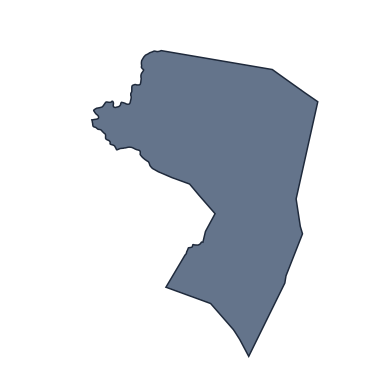 the district of San Francisco de Ojuera, Santa Bárbara, Honduras, rotated 287°
{"feature_id": "27666195B61070827999255", "entity_name": "San Francisco de Ojuera", "entity_type": "district", "adm_level": 2, "iso_a3": "HND", "parent_name": "Honduras", "parent_adm1": "Santa Bárbara", "projection": "robinson", "projection_center": [-88.219, 14.715], "detail": "fine", "context": "isolated", "style": "filled", "palette": "slate", "viewbox_px": 384, "rotation_deg": 287, "n_neighbors": 0, "source": "geoboundaries", "source_scale": "gbopen_adm2", "svg_char_len": 5664}
<svg xmlns="http://www.w3.org/2000/svg" viewBox="0 0 384 384"><g transform="rotate(287 192 192)"><path d="M215.8,293.6L315.1,285.9L319.8,271.1L330.1,240.3L332.6,233.0L318.2,121.1L317.7,120.6L317.4,120.2L316.7,119.1L316.3,118.1L316.1,117.8L316.0,117.4L316.0,117.0L316.0,116.4L315.9,115.8L315.8,115.0L315.7,114.6L315.6,114.4L315.4,114.2L314.7,113.4L314.2,112.8L313.7,112.1L313.1,111.3L312.8,110.9L312.5,110.6L311.7,110.0L311.1,109.4L310.7,109.1L310.0,108.2L309.8,108.0L309.4,107.7L309.1,107.4L308.8,107.3L308.2,107.0L307.4,106.6L306.4,106.3L304.8,105.9L303.9,105.7L303.1,105.5L302.6,105.5L302.0,105.6L301.3,105.7L300.2,106.0L299.4,106.3L298.3,106.8L297.8,107.0L297.4,107.0L297.0,107.0L296.7,107.0L296.3,107.3L296.1,107.5L295.8,107.9L295.5,108.3L295.2,108.9L295.0,109.5L294.8,109.8L294.7,110.0L294.3,110.1L293.0,109.8L292.3,109.6L291.2,109.2L290.6,109.1L290.1,109.0L289.5,109.0L288.6,109.1L288.0,109.2L287.6,109.4L286.9,109.6L286.0,110.1L285.7,110.2L285.4,110.3L284.2,110.5L283.2,110.7L281.9,110.9L280.6,111.0L280.3,111.0L280.0,111.0L279.6,110.8L279.3,110.6L279.2,110.5L279.1,110.3L278.9,110.0L278.7,109.4L278.5,108.9L278.3,108.0L278.2,107.7L278.2,107.3L278.3,107.0L278.3,106.8L278.2,106.4L278.1,106.0L277.9,105.7L277.6,105.3L277.2,104.7L276.9,104.4L276.7,104.1L276.4,103.9L276.2,103.8L276.0,103.7L275.7,103.7L275.3,103.7L274.6,103.8L273.3,104.2L271.6,104.7L270.9,104.9L270.6,105.0L270.3,105.0L269.9,105.0L269.1,104.8L268.7,104.7L268.2,104.7L267.7,104.8L267.2,105.0L266.7,105.1L266.4,105.3L265.7,105.8L265.3,106.0L264.9,106.1L264.4,106.3L262.8,106.5L262.1,106.5L260.8,106.6L259.8,106.7L259.2,106.7L258.8,106.6L258.3,106.5L258.0,106.3L257.8,106.2L257.6,106.0L257.5,105.8L257.4,105.6L257.3,105.4L257.2,105.1L257.1,104.9L257.1,104.6L257.0,103.9L257.0,103.4L257.1,102.9L257.2,102.3L257.3,102.0L257.3,101.6L257.3,101.2L257.3,99.8L257.2,99.3L257.2,98.6L257.1,98.3L256.9,98.2L256.5,98.1L256.1,98.0L255.6,98.0L255.2,98.1L254.7,98.1L254.3,98.1L253.9,98.0L253.5,97.8L253.2,97.7L252.9,97.5L252.6,97.3L252.3,97.0L251.7,96.2L251.4,95.6L250.9,94.8L250.6,94.4L250.4,94.0L250.3,93.6L250.3,93.3L250.3,93.0L250.3,92.8L250.4,92.5L250.6,92.3L250.7,92.0L251.0,91.7L251.4,91.5L251.7,91.4L252.8,91.2L253.6,91.0L253.8,91.0L254.0,90.9L254.6,90.6L255.0,90.3L255.3,89.9L255.5,89.7L255.5,89.3L255.4,89.2L255.3,88.9L255.2,88.9L254.9,88.8L254.8,88.7L254.5,88.5L254.2,88.2L254.0,87.9L253.9,87.6L253.8,87.4L253.7,87.1L253.6,86.8L253.4,85.9L253.3,85.1L253.2,84.2L253.0,83.8L252.9,83.6L252.7,83.4L252.5,83.2L252.3,83.1L251.9,83.0L250.9,82.7L250.0,82.4L248.7,82.0L247.8,81.6L247.3,81.3L247.0,81.1L246.8,80.9L246.5,80.4L245.4,78.6L245.0,77.8L244.4,76.7L244.3,76.4L244.1,76.2L243.4,75.5L242.6,74.8L242.1,74.5L241.8,74.3L241.5,74.1L241.4,74.1L241.2,74.2L241.0,74.3L240.6,74.7L240.0,75.5L239.1,76.6L238.5,77.6L238.3,77.9L238.2,78.3L238.0,78.9L237.9,79.2L237.7,79.5L237.5,79.8L237.2,80.2L236.7,80.5L236.3,80.8L236.0,80.9L235.8,80.9L235.4,80.9L235.2,80.9L234.9,80.8L234.7,80.7L234.3,80.2L234.1,79.9L233.8,79.5L233.6,79.2L233.0,77.8L232.1,76.1L231.7,75.1L230.3,76.0L229.6,76.3L228.4,77.0L227.5,77.3L227.1,77.5L226.4,77.9L226.1,78.1L225.9,78.3L225.8,78.6L225.7,78.9L225.6,79.1L225.6,79.4L225.6,80.1L225.6,80.5L225.6,80.9L225.6,81.1L225.3,81.9L225.0,82.5L224.9,82.9L224.6,83.3L224.6,83.5L224.6,84.0L224.6,84.4L224.6,84.7L224.8,85.4L224.8,85.8L224.8,86.1L224.8,86.4L224.7,86.8L224.6,87.1L224.5,87.4L224.3,87.7L223.9,88.2L223.6,88.6L223.4,89.1L223.1,89.8L223.0,90.0L222.8,90.3L222.6,90.6L222.5,90.9L222.4,91.4L222.3,91.6L222.1,91.9L221.9,92.2L221.5,92.5L221.2,92.7L219.1,93.3L218.2,93.6L217.9,93.8L217.7,94.0L217.5,94.3L217.4,94.5L217.2,95.1L217.1,95.6L217.0,96.7L216.9,97.4L216.8,97.7L216.7,98.0L216.4,98.5L216.2,98.7L216.1,98.9L215.9,99.0L215.7,99.2L215.4,99.3L214.8,99.4L214.4,99.5L214.1,99.6L213.9,99.9L213.9,100.1L213.8,100.4L213.8,101.4L213.8,102.8L213.7,103.2L213.7,103.5L213.6,103.9L213.5,104.2L213.4,104.5L213.2,104.7L213.0,104.9L211.7,106.3L210.7,107.2L210.5,107.4L210.5,107.6L210.4,107.7L210.5,107.9L210.5,108.1L212.3,110.3L212.5,110.5L213.1,111.8L213.5,112.9L213.7,113.3L213.8,113.6L214.2,114.2L214.4,114.6L214.9,115.8L215.2,116.2L215.7,117.1L216.0,117.6L216.2,118.0L216.4,118.5L216.6,119.1L216.7,119.5L216.8,120.0L216.9,120.6L217.0,121.2L217.0,121.7L216.9,122.3L216.9,122.7L216.8,123.3L216.6,124.5L216.4,125.2L216.4,126.0L216.3,126.8L216.4,128.1L216.4,128.7L216.4,129.1L216.4,129.4L216.3,129.6L216.2,129.8L216.0,130.2L215.7,130.5L215.4,130.7L215.3,130.8L214.6,131.0L213.9,131.2L213.3,131.3L212.9,131.4L212.8,131.5L212.6,131.6L212.3,132.0L212.0,132.4L211.3,133.4L211.1,133.7L210.4,135.0L209.5,137.1L209.3,137.6L208.7,139.5L208.5,140.1L208.3,141.1L208.2,141.4L208.1,141.5L207.8,141.9L207.3,142.4L206.9,142.7L206.4,143.1L205.6,143.6L205.3,143.8L205.1,144.1L204.7,144.4L204.2,145.1L203.7,146.0L203.3,146.6L203.1,147.0L202.9,147.5L201.5,153.9L199.9,168.7L198.9,187.4L190.9,199.7L178.0,220.4L158.3,216.4L147.2,217.1L147.2,216.7L147.1,216.4L147.0,216.1L146.9,215.8L146.8,215.7L146.6,215.6L146.3,215.5L146.1,215.4L145.8,215.4L145.6,215.4L145.3,215.2L144.9,215.0L144.2,214.6L143.7,214.1L143.4,213.8L143.2,213.5L143.0,213.2L142.9,212.9L142.2,210.2L142.1,209.5L142.1,209.1L142.1,208.8L142.0,208.5L141.9,208.3L141.7,208.2L141.4,208.2L140.9,208.2L140.3,208.3L140.0,208.3L139.6,208.2L139.4,208.1L139.1,207.8L138.8,207.3L138.6,207.0L137.7,205.1L137.5,204.9L137.1,204.8L136.7,204.8L135.3,204.7L133.3,204.4L132.8,204.4L132.6,204.4L132.3,204.5L132.1,204.6L131.5,204.5L131.2,204.5L130.9,204.4L130.6,204.2L130.2,204.1L129.8,203.8L93.3,194.9L90.8,242.4L72.5,271.8L70.8,273.9L65.0,280.7L51.4,294.3L132.1,307.4L139.3,306.4L184.3,309.9L190.8,305.6L215.8,293.6Z" fill="#64748b" stroke="#1e293b" stroke-width="1.5"/></g></svg>